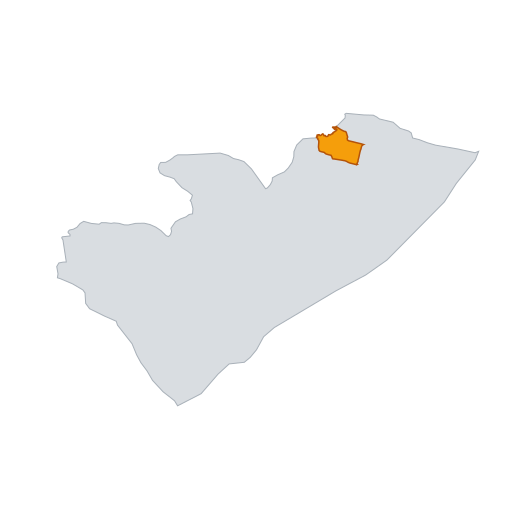 location of Konobo, Grand Gedeh, Liberia, rotated 283°
{"feature_id": "62588387B20671280647544", "entity_name": "Konobo", "entity_type": "district", "adm_level": 2, "iso_a3": "LBR", "parent_name": "Liberia", "parent_adm1": "Grand Gedeh", "projection": "natural_earth1", "projection_center": [-7.832, 5.841], "detail": "fine", "context": "in_parent", "style": "filled", "palette": "amber", "viewbox_px": 512, "rotation_deg": 283, "n_neighbors": 0, "source": "geoboundaries", "source_scale": "gbopen_adm2", "svg_char_len": 4021}
<svg xmlns="http://www.w3.org/2000/svg" viewBox="0 0 512 512"><g transform="rotate(283 256 256)"><path d="M92.4,213.3L96.6,209.2L102.8,196.0L111.5,183.2L119.6,175.6L126.1,167.9L132.9,161.9L142.6,155.0L157.5,136.6L161.0,134.5L163.4,121.8L167.2,105.7L171.5,100.7L181.6,97.7L184.0,94.9L187.6,83.5L189.9,70.3L190.1,67.4L194.1,67.1L200.9,64.2L204.9,65.5L206.6,69.3L207.5,72.5L228.2,64.3L230.0,62.6L231.1,62.9L233.7,70.3L235.2,69.9L236.4,67.7L237.8,67.5L239.4,68.5L241.0,72.0L243.7,75.1L248.1,77.3L251.0,80.3L250.7,88.2L251.7,96.0L253.7,97.8L254.7,102.4L255.2,107.5L256.3,110.1L257.0,115.2L256.7,120.7L257.5,124.6L260.7,131.3L262.8,139.7L262.8,145.6L261.6,151.8L259.4,157.6L255.6,163.8L255.2,166.3L257.5,167.9L261.0,168.2L263.9,166.9L271.2,169.8L275.0,173.9L278.4,179.0L281.4,181.5L282.8,184.7L288.0,183.9L294.0,180.8L295.3,179.3L297.1,180.1L300.9,180.4L303.7,174.9L305.9,168.5L310.5,161.6L312.9,158.9L313.5,154.5L313.7,148.8L315.4,143.8L319.3,141.1L323.4,141.1L325.7,142.1L326.9,146.9L330.2,150.6L333.1,153.1L334.6,154.1L337.0,157.0L339.2,166.6L348.2,197.9L347.7,206.5L345.9,212.1L345.9,217.6L345.3,223.0L339.8,232.0L323.7,250.2L324.9,251.8L328.8,253.9L332.7,254.9L335.9,254.4L340.0,258.9L344.3,264.7L348.9,267.6L355.5,270.2L361.3,270.5L366.3,269.5L373.3,270.7L380.7,275.4L383.3,283.2L385.1,290.1L387.6,293.5L388.0,299.4L393.3,304.6L400.8,305.6L410.5,311.7L413.0,311.4L414.1,310.6L415.3,311.8L417.7,329.3L419.6,338.6L418.6,342.4L417.3,345.4L417.2,359.5L412.8,367.7L412.1,376.6L410.9,379.5L406.2,382.1L406.1,388.9L404.9,397.2L404.4,406.0L405.7,429.0L405.9,446.2L408.1,449.4L398.9,448.0L371.9,434.9L351.1,427.4L281.5,384.5L262.2,367.2L239.9,341.6L190.4,289.9L179.1,281.6L164.8,277.6L156.0,273.2L149.8,268.5L144.8,254.1L132.4,245.6L109.5,233.5L92.4,213.3Z" fill="#d9dde1" stroke="#a8b0b8" stroke-width="1"/><path d="M387.9,335.0L388.1,335.0L388.5,335.0L388.8,335.5L389.0,333.0L389.0,328.3L389.1,324.8L389.1,322.9L389.1,320.4L389.5,319.1L389.8,319.0L391.0,318.4L391.7,318.4L392.2,318.6L393.1,318.3L393.8,317.8L396.5,316.3L397.1,315.8L397.4,315.3L397.4,315.1L397.4,314.3L397.3,313.9L398.2,310.4L398.4,309.8L399.1,307.8L399.9,305.8L400.3,305.1L400.0,304.8L399.7,304.6L399.4,304.9L399.2,305.1L399.0,304.9L399.0,304.5L399.2,303.9L399.3,303.1L399.0,302.3L398.9,301.8L398.8,301.7L398.6,301.7L398.3,302.1L398.1,302.6L397.9,303.3L397.6,303.7L397.4,303.8L397.2,303.8L397.1,304.1L397.2,304.5L397.5,304.9L397.7,305.4L397.7,305.8L397.5,306.2L397.3,306.4L396.9,306.4L396.4,306.1L395.8,305.6L395.3,305.1L394.7,304.7L394.5,304.3L394.0,303.7L393.7,303.4L393.0,303.1L392.9,303.2L392.6,303.4L392.2,303.0L392.0,302.4L391.6,301.9L390.9,301.5L390.7,301.2L390.6,300.9L390.7,300.3L390.7,299.7L390.5,299.4L389.9,299.3L388.8,299.0L388.4,298.2L388.2,297.2L388.4,296.8L388.8,296.6L389.0,296.2L388.9,295.9L388.5,295.4L388.5,295.1L388.7,294.9L389.3,294.6L390.0,293.9L390.0,293.5L389.9,293.3L389.3,292.9L388.9,292.6L388.4,292.3L387.9,291.8L387.8,291.5L387.8,291.2L388.2,290.8L388.4,290.3L388.3,290.0L388.2,289.8L388.2,289.4L387.6,288.5L387.5,288.3L387.2,288.3L387.0,288.6L387.0,289.0L386.9,289.1L386.6,289.0L386.2,288.6L385.7,288.2L385.2,288.2L385.0,288.5L384.9,289.1L384.7,289.4L384.6,289.5L384.3,289.7L384.2,289.9L384.0,290.0L383.8,289.9L382.5,291.2L381.1,291.6L378.9,291.9L376.4,292.3L375.5,292.6L374.1,293.3L373.1,293.7L372.4,294.8L372.3,296.2L372.3,296.7L372.3,297.6L372.3,298.6L372.2,299.5L371.6,300.2L371.2,301.2L371.0,303.8L371.0,305.6L371.0,306.5L370.6,306.8L370.0,307.3L369.4,307.8L368.8,308.2L368.1,308.6L367.9,309.1L368.1,310.3L368.2,311.5L368.4,314.3L368.7,318.6L368.7,320.1L368.8,320.6L368.8,321.1L368.7,322.2L368.5,323.2L368.2,324.0L367.9,325.3L367.7,326.7L367.7,327.8L367.6,332.9L367.8,333.2L367.5,333.4L367.8,333.8L368.1,333.6L368.2,333.9L368.4,333.5L368.7,333.6L368.9,333.7L369.5,333.8L370.3,333.9L370.9,334.1L371.3,334.1L372.3,333.9L372.9,333.9L374.5,334.0L376.2,334.0L379.8,333.9L380.6,333.9L380.9,333.9L382.7,334.0L383.8,334.2L385.9,334.2L387.4,334.4L387.7,334.6L387.9,335.0Z" fill="#f59e0b" stroke="#b45309" stroke-width="1.5"/></g></svg>